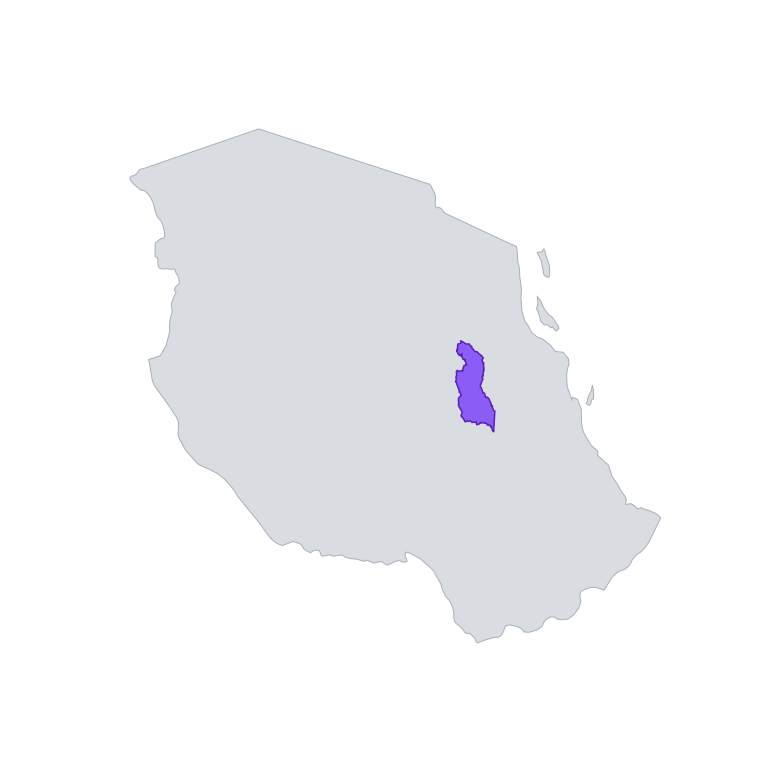 location of Kilosa, Morogoro, United Republic of Tanzania, rotated 341°
{"feature_id": "72390352B53131574128845", "entity_name": "Kilosa", "entity_type": "district", "adm_level": 2, "iso_a3": "TZA", "parent_name": "United Republic of Tanzania", "parent_adm1": "Morogoro", "projection": "equal_earth", "projection_center": [37.018, -6.957], "detail": "fine", "context": "in_parent", "style": "filled", "palette": "violet", "viewbox_px": 768, "rotation_deg": 341, "n_neighbors": 0, "source": "geoboundaries", "source_scale": "gbopen_adm2", "svg_char_len": 9224}
<svg xmlns="http://www.w3.org/2000/svg" viewBox="0 0 768 768"><g transform="rotate(341 384 384)"><path d="M307.8,545.4L301.4,540.9L295.7,538.2L290.9,535.1L288.8,532.2L284.3,531.0L280.5,530.6L276.9,527.8L269.6,526.8L268.8,525.0L268.7,520.9L267.4,519.9L264.7,518.8L261.9,518.9L260.1,519.5L259.1,519.2L256.7,516.8L254.5,513.7L253.6,508.9L250.3,505.8L246.4,503.3L235.7,503.6L234.0,502.8L231.5,500.4L228.4,496.3L226.0,491.7L223.9,485.4L221.7,476.9L209.2,443.0L207.9,436.6L205.5,429.5L201.5,420.7L197.3,414.3L191.6,408.4L185.2,402.5L181.7,398.5L175.0,382.6L173.6,375.1L172.5,367.3L173.0,364.2L177.0,354.2L177.4,351.4L176.9,347.6L174.9,339.6L172.2,330.0L166.9,312.4L166.1,307.9L166.2,304.6L169.2,286.7L169.2,284.2L181.5,284.5L190.5,276.7L198.3,265.0L199.8,260.1L203.0,252.6L206.1,248.8L207.3,246.2L209.1,238.7L213.2,233.7L217.2,229.8L216.4,227.0L217.0,226.0L219.1,224.0L223.4,222.1L224.2,218.2L224.2,213.8L223.5,211.3L223.6,208.4L223.0,206.8L220.2,206.4L216.1,204.2L212.6,203.3L210.2,202.0L209.3,201.0L209.0,198.3L210.9,191.5L209.0,188.7L213.2,177.3L214.0,175.9L215.6,175.7L218.1,174.5L220.3,174.0L222.2,174.4L223.6,173.9L224.8,172.7L225.8,168.8L226.7,162.3L226.2,157.1L224.4,153.0L223.9,146.9L224.7,138.6L224.1,131.7L222.1,126.1L220.1,122.9L217.0,121.3L212.1,112.9L210.7,108.8L210.9,106.3L212.6,105.2L215.7,105.6L218.6,104.6L221.3,102.3L224.0,101.6L225.4,102.0L348.4,102.0L492.2,210.0L492.8,211.3L494.0,220.6L493.7,223.8L491.5,229.1L490.8,231.9L490.8,233.9L491.4,234.7L493.2,234.9L494.9,236.2L495.4,237.2L496.7,241.2L498.2,243.3L552.8,296.2L554.0,297.0L553.3,301.5L550.2,312.2L550.0,316.7L548.8,322.0L547.6,325.5L544.5,340.6L541.8,346.3L538.2,359.6L537.6,369.7L539.6,376.8L540.3,383.5L544.5,390.0L547.9,392.3L550.1,395.3L554.2,402.1L556.5,409.0L563.7,412.3L566.6,420.0L565.5,425.3L562.1,429.6L559.0,436.7L556.4,446.0L556.4,460.2L558.1,458.1L561.9,461.5L562.3,472.0L558.4,484.2L557.2,489.8L556.9,494.7L559.8,509.3L564.1,516.7L563.8,519.0L562.6,521.0L570.0,534.1L569.4,545.5L572.1,554.3L573.3,562.0L575.1,567.9L575.5,572.0L573.2,576.5L578.6,577.6L581.7,581.3L583.2,584.8L587.1,584.7L589.2,587.1L592.3,589.1L599.0,595.0L600.8,598.0L601.9,600.8L583.3,619.5L576.6,624.3L571.8,626.5L566.7,627.8L561.9,630.7L557.3,635.3L551.4,637.6L544.3,637.6L536.8,640.9L525.0,650.5L518.1,645.2L512.7,643.5L506.5,643.7L502.8,644.3L501.4,645.5L500.2,648.7L499.2,654.1L495.1,659.3L488.0,664.2L481.5,666.1L475.5,664.8L471.4,662.8L469.3,659.9L466.2,658.6L462.0,658.8L458.1,660.8L454.3,664.7L448.3,666.4L440.0,665.9L435.5,664.0L434.9,660.8L431.3,657.0L424.6,652.7L419.7,652.6L416.6,656.7L413.8,659.4L411.2,660.4L408.8,660.5L405.5,659.4L396.3,659.0L387.7,659.2L386.8,653.2L384.9,649.5L383.4,647.3L380.4,646.8L379.6,645.1L378.5,641.4L377.1,638.2L375.1,635.5L373.9,633.1L373.5,630.9L373.8,628.4L375.6,622.2L376.2,618.0L375.9,613.7L375.0,609.3L372.9,604.0L373.1,602.5L372.4,598.9L372.3,596.4L372.7,593.2L372.3,589.1L370.5,580.3L370.5,578.1L368.6,573.8L362.8,563.7L362.5,562.4L353.4,552.2L349.8,550.0L348.5,551.9L348.0,553.7L348.4,556.9L348.2,558.5L347.8,559.3L345.7,559.2L344.3,558.8L340.9,556.1L338.2,555.4L331.6,555.9L329.2,556.5L327.4,555.9L323.9,551.2L319.8,550.3L316.1,550.0L309.9,544.7L307.8,545.4ZM564.7,375.2L567.7,386.4L567.3,388.6L565.2,389.8L564.1,389.9L562.8,388.2L561.8,384.4L560.2,385.3L557.5,380.7L554.8,380.5L552.4,375.1L553.3,370.4L552.8,362.4L555.7,358.3L557.4,351.4L559.3,356.1L559.7,363.4L562.2,372.1L564.7,375.2ZM579.2,308.3L579.5,311.0L578.9,313.5L579.0,321.5L578.7,326.7L576.5,334.1L574.7,336.7L573.0,335.9L571.7,334.7L570.7,332.7L572.8,319.3L571.7,309.4L575.9,310.4L579.2,308.3ZM572.9,470.2L570.8,470.9L570.0,470.2L568.7,468.0L570.9,466.2L573.1,462.5L578.2,457.2L580.6,452.9L580.2,457.1L577.3,466.2L574.9,466.7L572.9,470.2Z" fill="#d9dde1" stroke="#a8b0b8" stroke-width="1"/><path d="M446.7,438.6L446.7,439.4L446.5,439.8L446.6,440.3L446.9,440.3L447.5,441.5L447.7,442.2L447.8,443.4L448.1,443.9L448.2,444.8L448.3,445.3L448.3,446.0L448.5,446.2L449.0,446.2L450.6,445.8L451.2,446.7L452.0,446.9L453.0,446.5L453.4,446.7L454.1,447.8L454.5,448.8L455.0,449.1L456.5,449.4L457.0,449.6L457.4,449.6L457.8,450.0L458.3,450.1L458.6,449.9L458.8,450.0L458.8,450.7L458.4,452.5L458.6,452.6L458.7,452.8L460.8,452.9L461.0,452.8L461.2,452.2L461.3,452.1L462.5,452.4L462.9,452.3L463.0,452.1L463.3,452.4L463.4,452.6L463.9,452.4L464.7,452.4L464.9,452.8L465.0,452.8L465.2,453.1L465.6,453.4L466.4,453.6L466.7,454.0L467.2,454.1L467.7,454.4L467.9,455.0L468.2,454.9L468.3,455.0L468.3,455.5L468.8,455.9L468.7,456.1L469.2,456.1L469.2,456.4L468.9,456.6L468.9,456.9L469.0,456.9L469.4,456.8L469.9,457.1L470.0,457.0L470.5,457.7L470.8,457.9L471.1,458.3L471.1,458.5L470.9,458.9L470.8,459.2L471.1,459.6L471.3,459.7L471.8,459.5L471.7,460.1L471.6,460.6L471.7,461.0L471.5,461.3L471.4,461.9L471.6,462.5L471.4,463.1L471.7,464.4L472.0,464.7L472.6,464.1L472.3,463.9L472.8,463.2L473.1,462.4L475.8,456.0L476.2,454.6L476.6,454.0L477.0,452.8L477.4,452.3L477.5,451.6L477.8,451.1L480.0,445.7L479.2,445.0L478.9,444.3L479.0,443.8L479.0,442.5L478.7,441.2L478.8,440.9L479.4,440.3L479.2,439.8L478.9,439.7L478.9,439.4L478.8,439.2L478.6,439.2L478.6,438.9L478.4,438.8L478.4,438.7L478.8,438.7L478.8,436.5L478.7,436.5L478.5,435.5L478.6,433.8L478.5,432.2L477.5,430.3L477.1,430.0L476.9,430.3L476.5,429.8L475.7,429.6L475.6,429.3L475.9,427.1L476.0,425.5L475.8,425.1L475.0,424.9L474.6,424.5L474.6,424.1L474.8,424.1L474.7,423.0L474.8,421.4L474.8,419.9L474.6,419.0L474.6,418.5L474.3,418.2L474.4,417.5L474.7,416.3L475.2,415.9L475.4,415.7L475.9,415.6L476.1,414.8L476.7,414.3L476.7,413.9L476.8,413.8L477.4,413.4L477.8,412.8L478.0,412.7L478.4,412.5L478.5,412.3L478.4,412.3L478.4,412.1L478.7,411.9L478.9,411.6L479.1,411.5L479.0,411.2L479.2,410.8L479.0,409.7L479.1,409.1L479.4,408.8L479.9,408.6L480.2,408.3L480.4,408.4L480.4,408.1L480.7,408.0L480.8,407.4L481.0,407.2L481.0,406.9L481.0,406.7L481.2,406.4L481.3,406.2L481.4,405.9L481.6,405.2L481.8,404.9L482.0,404.7L482.3,404.6L482.4,404.2L482.6,404.1L482.8,403.9L482.9,403.5L483.0,403.3L482.9,403.3L483.1,403.1L483.0,402.7L483.1,402.4L483.3,402.3L483.3,402.0L483.4,401.9L483.4,401.7L483.5,401.6L483.5,401.3L483.8,401.2L483.8,400.6L484.0,400.2L483.8,399.9L483.8,399.4L483.9,399.2L484.0,399.1L484.1,398.6L484.4,398.3L484.4,398.1L484.6,398.1L484.8,397.8L484.7,397.3L484.8,397.3L485.0,396.9L484.9,396.8L485.1,396.6L485.1,396.4L485.0,396.2L484.7,396.2L484.8,396.0L484.7,395.9L484.6,395.7L484.4,395.5L484.3,395.2L484.4,394.9L484.3,394.6L484.4,394.3L484.4,393.9L484.4,393.7L484.6,393.6L484.5,393.3L484.7,393.1L484.8,393.2L485.0,393.0L485.0,392.8L485.1,393.0L485.1,392.8L485.3,392.7L485.5,392.4L485.6,392.1L485.8,391.9L486.1,391.9L486.3,391.7L486.4,391.4L485.2,389.5L485.6,389.1L483.3,386.1L483.5,385.9L483.2,385.5L482.6,383.9L482.1,383.4L481.6,383.5L481.3,383.4L480.8,383.1L480.5,382.7L479.8,380.8L479.6,380.4L479.4,379.5L479.4,379.3L479.0,379.0L478.8,378.4L478.8,377.8L479.1,377.5L479.0,377.3L479.1,377.1L478.8,376.8L478.6,376.1L478.3,375.9L478.3,375.6L477.9,375.5L477.7,375.3L477.3,374.1L477.4,373.8L477.2,373.8L476.4,373.6L475.4,373.1L474.0,372.4L473.7,371.7L472.7,370.3L471.7,369.8L471.5,369.0L470.9,368.3L470.4,368.6L470.3,370.1L470.1,370.2L468.4,370.5L468.0,370.3L467.7,370.4L467.3,370.3L466.9,370.4L466.9,370.7L466.2,371.1L466.1,371.5L466.1,372.3L466.0,372.5L465.5,373.2L465.1,373.7L465.1,374.6L465.3,375.1L465.2,375.2L465.2,375.4L464.7,375.6L464.5,375.4L464.3,375.6L464.0,375.7L463.9,375.6L463.6,376.3L463.3,376.8L463.8,377.9L463.8,379.1L463.8,379.3L464.1,379.3L464.1,379.5L463.9,379.5L464.3,380.6L464.4,381.4L465.4,381.2L465.5,381.6L465.6,381.4L466.4,381.2L467.3,380.8L467.4,381.3L467.3,381.7L467.1,382.2L466.9,382.3L466.6,382.3L466.6,386.0L467.1,386.4L467.4,386.4L467.7,386.6L467.9,386.9L468.3,386.9L468.6,387.3L467.7,388.2L468.5,389.3L468.1,391.7L468.1,392.0L468.0,392.4L468.1,392.7L467.7,392.7L467.5,392.8L467.3,392.6L466.1,392.6L465.4,392.7L465.2,393.4L464.4,394.2L464.1,394.3L463.7,395.3L463.5,396.1L462.8,396.3L462.7,396.4L462.9,396.5L462.8,397.1L462.4,397.5L462.2,397.3L461.8,396.6L461.1,396.7L460.2,396.4L458.6,396.5L458.4,396.0L458.1,395.4L457.7,395.3L457.5,395.0L457.1,395.3L457.0,395.7L456.3,396.1L456.0,397.4L456.0,397.9L455.6,399.0L455.3,399.6L454.1,401.2L454.0,401.5L454.1,402.5L453.8,403.2L453.3,404.0L453.0,404.3L452.9,404.8L452.5,404.9L452.6,405.6L452.8,405.8L452.8,406.1L453.0,406.2L453.1,406.5L453.1,406.8L453.0,407.1L453.1,407.5L452.9,407.6L452.7,408.3L453.0,409.8L452.7,410.8L452.8,410.9L452.8,411.1L453.0,411.6L452.9,412.2L453.1,412.7L453.0,413.0L453.0,413.5L452.8,413.8L452.8,414.0L452.8,414.5L453.0,415.5L452.9,415.6L453.0,415.6L453.2,416.1L453.0,416.5L453.1,417.0L453.1,417.5L453.3,418.3L453.3,418.7L453.1,418.9L453.0,419.4L453.1,419.8L453.2,420.0L452.0,420.6L451.1,420.8L450.1,421.4L449.9,421.6L449.9,421.9L449.7,422.1L449.6,422.5L449.2,423.2L449.3,423.5L448.9,424.3L448.8,424.9L448.7,425.0L448.8,425.5L448.4,425.9L448.2,426.8L448.0,427.0L447.8,427.6L447.9,428.0L447.7,428.1L447.8,428.2L447.6,428.3L447.7,428.5L447.6,429.7L447.8,430.1L447.7,430.3L447.8,430.7L447.7,430.7L447.8,431.0L447.9,431.5L448.1,431.5L448.2,432.0L448.2,432.3L448.1,432.5L448.1,432.8L448.3,433.2L448.6,433.7L448.5,434.9L448.6,435.5L448.7,435.9L448.7,436.2L448.6,436.4L448.3,436.6L447.9,437.4L446.7,438.6Z" fill="#8b5cf6" stroke="#5b21b6" stroke-width="1.5"/></g></svg>